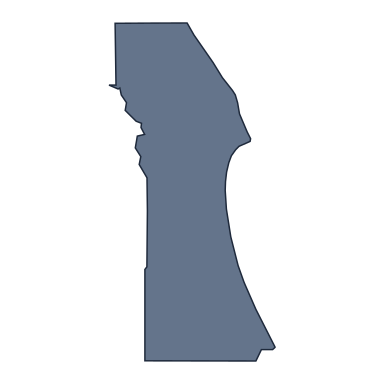 Brevard, Florida, United States of America
{"feature_id": "52423323B51894454867093", "entity_name": "Brevard", "entity_type": "district", "adm_level": 2, "iso_a3": "USA", "parent_name": "United States of America", "parent_adm1": "Florida", "projection": "orthographic", "projection_center": [-80.716, 28.307], "detail": "fine", "context": "isolated", "style": "filled", "palette": "slate", "viewbox_px": 384, "rotation_deg": 0, "n_neighbors": 0, "source": "geoboundaries", "source_scale": "gbopen_adm2", "svg_char_len": 778}
<svg xmlns="http://www.w3.org/2000/svg" viewBox="0 0 384 384"><path d="M187.1,23.0L153.3,23.1L115.1,23.3L116.0,85.1L109.0,85.1L118.1,89.0L119.8,88.0L121.3,95.0L126.5,102.7L125.2,110.4L136.1,121.2L141.5,123.3L141.0,127.5L144.6,134.4L137.3,136.1L136.5,141.0L135.3,147.9L140.8,156.6L139.2,164.5L147.0,177.8L147.4,211.0L146.9,266.9L144.9,269.4L144.9,360.8L255.9,361.0L261.4,349.6L272.6,349.6L275.0,347.4L275.0,347.0L255.8,309.2L244.9,284.3L243.9,281.9L238.1,265.6L230.8,236.9L226.4,209.1L225.7,198.1L225.2,190.4L225.5,181.6L226.6,172.0L227.2,169.5L228.8,162.7L231.4,155.7L235.6,149.8L239.0,146.3L250.1,141.4L250.6,138.7L247.2,132.0L239.5,113.9L237.6,102.8L235.3,94.9L232.5,90.5L222.4,77.7L213.1,62.6L194.0,35.1L187.1,23.0Z" fill="#64748b" stroke="#1e293b" stroke-width="1.5"/></svg>